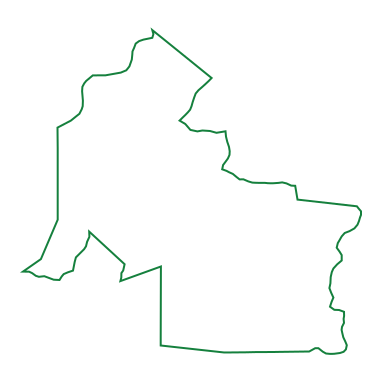 outline of Joaquim Pires, Piauí, Brazil
{"feature_id": "56859067B20480941700570", "entity_name": "Joaquim Pires", "entity_type": "district", "adm_level": 2, "iso_a3": "BRA", "parent_name": "Brazil", "parent_adm1": "Piauí", "projection": "albers", "projection_center": [-42.062, -3.514], "detail": "fine", "context": "isolated", "style": "outline", "palette": "green", "viewbox_px": 384, "rotation_deg": 0, "n_neighbors": 0, "source": "geoboundaries", "source_scale": "gbopen_adm2", "svg_char_len": 2031}
<svg xmlns="http://www.w3.org/2000/svg" viewBox="0 0 384 384"><path d="M76.1,116.4L70.9,120.6L57.5,127.6L57.7,148.5L57.7,170.4L57.7,183.9L57.7,219.7L40.9,259.1L23.0,271.6L29.1,271.7L32.1,273.1L35.8,275.8L38.9,276.8L44.3,276.2L53.7,279.7L59.5,280.0L61.7,276.5L63.7,274.1L67.9,272.3L73.0,270.6L74.7,261.9L75.9,257.4L84.1,249.2L86.0,246.3L87.1,241.8L89.4,236.8L89.2,231.6L124.6,264.2L123.2,270.5L121.4,273.1L121.3,277.6L120.4,281.1L160.9,266.5L160.7,338.1L160.7,345.5L224.3,352.5L245.8,352.3L254.8,352.1L273.6,352.0L278.7,351.9L309.2,351.5L315.2,348.2L318.4,348.2L322.8,351.7L326.0,353.5L330.2,353.9L334.0,353.8L340.0,353.0L343.6,351.8L345.9,349.4L346.8,345.2L345.2,341.3L343.3,337.3L342.3,333.1L341.6,329.9L342.0,326.9L344.0,322.9L343.6,318.9L344.1,315.9L344.0,311.8L339.1,310.0L334.3,309.8L330.0,306.7L331.6,301.8L333.4,297.6L331.2,292.8L329.4,288.1L330.4,283.4L330.7,277.1L331.8,272.1L333.4,268.5L337.2,264.3L341.7,260.5L341.7,255.1L339.6,251.7L336.7,247.7L337.8,243.1L339.3,240.6L341.7,236.4L344.7,233.0L349.6,231.1L354.4,228.4L357.5,224.7L359.0,221.0L360.0,217.5L361.0,214.9L361.0,211.3L358.7,208.6L356.9,206.3L297.5,199.6L295.2,185.8L291.2,185.6L286.5,183.4L282.2,182.4L278.4,182.9L272.5,183.3L268.0,183.2L265.2,182.9L260.9,182.9L256.1,182.8L252.3,182.6L248.3,181.4L243.4,179.3L239.6,179.4L236.4,176.9L232.8,173.9L229.0,172.2L226.6,170.9L222.2,169.3L223.1,165.0L225.2,162.2L227.9,158.5L229.5,154.9L229.7,151.2L229.0,146.9L227.3,141.9L226.0,136.6L225.5,131.3L220.7,132.1L216.5,132.8L210.0,131.0L202.4,130.5L197.4,131.4L190.4,129.9L185.3,124.0L179.6,120.6L182.6,117.6L185.3,115.0L187.9,112.3L190.1,109.7L191.5,106.3L192.7,102.0L194.2,97.5L195.7,93.5L198.5,90.2L202.4,86.8L205.5,84.0L208.5,81.2L211.6,78.0L165.5,40.7L152.3,30.1L153.4,34.1L152.3,37.8L143.5,39.6L139.1,41.1L135.7,43.6L134.0,48.1L132.5,51.4L132.3,54.6L131.8,59.6L129.4,66.4L126.3,70.3L120.8,72.6L105.6,75.3L92.8,75.4L86.2,80.9L84.2,83.4L82.4,86.8L82.1,91.2L82.9,100.7L82.7,106.2L81.7,109.3L79.4,113.8L76.1,116.4Z" fill="none" stroke="#15803d" stroke-width="2"/></svg>